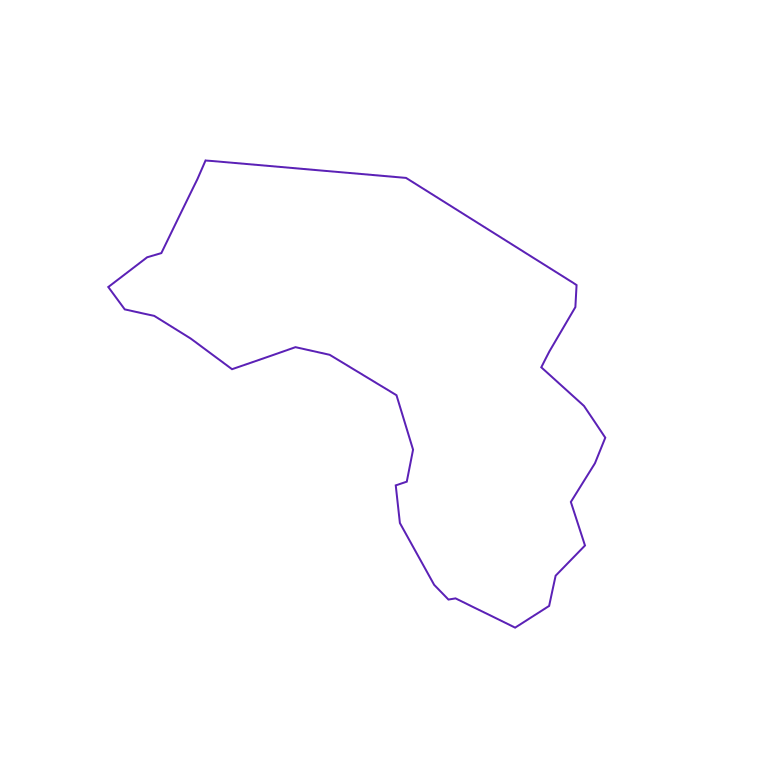 Bristol, Rhode Island, United States of America, rotated 337°
{"feature_id": "52423323B87258541323822", "entity_name": "Bristol", "entity_type": "district", "adm_level": 2, "iso_a3": "USA", "parent_name": "United States of America", "parent_adm1": "Rhode Island", "projection": "natural_earth1", "projection_center": [-71.293, 41.707], "detail": "fine", "context": "isolated", "style": "outline", "palette": "violet", "viewbox_px": 768, "rotation_deg": 337, "n_neighbors": 0, "source": "geoboundaries", "source_scale": "gbopen_adm2", "svg_char_len": 742}
<svg xmlns="http://www.w3.org/2000/svg" viewBox="0 0 768 768"><g transform="rotate(337 384 384)"><path d="M168.1,187.0L174.5,214.0L189.6,224.8L199.1,231.5L223.8,266.6L249.9,311.0L290.4,313.8L316.9,315.5L345.4,335.9L378.1,381.2L391.1,399.2L385.1,455.8L366.8,482.8L355.2,481.9L344.3,518.2L351.7,588.5L359.1,607.6L366.1,609.3L379.2,624.5L394.4,642.0L409.5,659.5L449.3,652.8L458.2,640.1L467.1,627.5L505.9,611.2L509.9,565.6L547.2,539.4L566.7,519.9L563.2,501.3L559.5,482.3L535.3,430.1L543.1,423.5L549.0,418.6L590.2,388.0L599.9,368.2L597.0,363.8L595.3,361.4L484.8,202.9L412.5,164.5L312.0,111.1L307.5,108.8L307.1,108.5L292.2,122.6L285.8,128.1L260.8,149.8L230.2,176.5L215.5,174.8L168.1,187.0Z" fill="none" stroke="#5b21b6" stroke-width="2"/></g></svg>